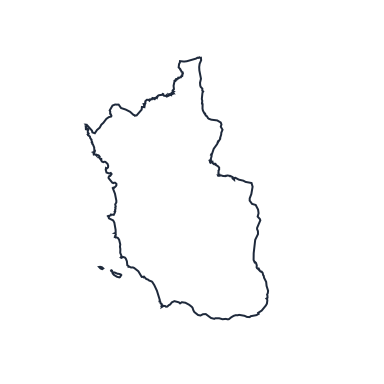 Sumba Timur, Nusa Tenggara Timur, Indonesia, rotated 35°
{"feature_id": "22746128B15873256673931", "entity_name": "Sumba Timur", "entity_type": "district", "adm_level": 2, "iso_a3": "IDN", "parent_name": "Indonesia", "parent_adm1": "Nusa Tenggara Timur", "projection": "mercator", "projection_center": [120.165, -9.805], "detail": "fine", "context": "isolated", "style": "outline", "palette": "slate", "viewbox_px": 384, "rotation_deg": 35, "n_neighbors": 0, "source": "geoboundaries", "source_scale": "gbopen_adm2", "svg_char_len": 6063}
<svg xmlns="http://www.w3.org/2000/svg" viewBox="0 0 384 384"><g transform="rotate(35 192 192)"><path d="M74.8,199.1L66.6,197.2L67.0,197.3L66.4,197.7L67.6,198.0L67.8,198.9L68.3,198.9L68.5,200.0L68.2,200.0L68.8,200.5L68.5,200.7L68.9,201.2L69.2,200.9L69.6,201.2L70.4,200.2L71.1,200.3L71.5,200.8L71.5,201.5L72.5,203.0L73.7,203.3L73.5,204.5L74.2,204.5L74.4,205.1L76.5,205.1L77.9,206.3L79.7,206.8L80.2,207.6L81.3,208.2L81.4,208.7L81.8,208.6L82.6,209.3L82.6,209.7L83.8,210.0L86.4,211.7L87.4,213.1L88.5,213.7L88.3,214.1L89.2,214.7L88.4,215.9L88.9,215.8L89.7,216.7L89.3,216.9L89.8,217.4L90.0,216.8L90.4,217.2L92.0,216.7L92.9,216.9L92.7,216.5L93.4,216.6L93.6,215.8L94.8,215.6L95.7,215.9L96.1,216.2L96.0,216.7L96.3,216.5L96.5,217.1L97.6,217.5L98.7,216.9L99.0,217.2L99.0,217.9L100.7,218.7L102.3,218.4L102.7,217.6L103.8,217.0L106.7,217.4L108.4,218.7L109.1,220.1L108.7,221.6L107.8,221.7L108.5,223.2L110.8,225.1L113.6,224.3L114.5,223.0L115.8,223.4L115.8,225.7L115.1,226.4L115.2,227.8L115.8,228.5L121.4,230.1L122.5,229.8L122.8,229.1L123.7,228.5L125.4,228.7L126.2,229.8L126.3,230.9L125.8,233.3L125.0,233.5L124.8,234.2L129.9,237.6L135.1,242.6L136.0,244.0L136.2,246.2L138.0,247.8L137.9,248.6L139.0,249.6L139.2,250.8L140.1,251.6L139.9,252.3L140.3,252.4L140.6,253.1L141.0,255.6L138.5,257.0L138.8,257.8L137.5,259.3L137.8,259.3L137.6,259.9L138.1,259.8L138.3,260.4L137.9,261.3L138.5,260.8L139.1,261.2L143.7,260.5L145.9,261.6L151.1,266.8L152.8,269.1L152.4,269.9L153.0,269.6L154.2,270.8L154.2,272.6L153.8,272.9L154.3,272.8L154.5,273.1L154.9,272.7L155.5,273.0L155.9,272.5L157.9,272.2L159.8,273.0L163.3,276.1L164.4,278.2L166.0,279.8L168.1,283.0L171.2,285.0L171.1,285.5L171.7,285.8L171.4,286.5L171.9,286.5L172.9,284.7L174.6,284.2L175.9,284.5L178.4,286.1L181.0,289.1L182.5,289.1L182.9,289.6L183.2,289.2L185.4,288.8L186.8,287.7L188.2,287.4L193.5,287.7L199.5,290.4L200.6,289.5L201.2,289.6L201.3,288.9L204.5,289.5L206.0,289.0L207.7,289.1L210.3,288.4L211.1,288.5L214.5,289.9L219.9,293.0L227.5,298.9L228.1,300.2L228.7,299.9L230.1,301.2L231.1,301.0L231.4,301.5L232.3,301.7L232.4,302.8L233.1,302.5L233.3,303.3L234.1,301.5L235.5,300.8L236.5,300.9L237.5,300.0L237.9,298.0L238.6,296.8L238.8,293.9L240.2,291.5L244.5,289.9L246.1,290.1L246.9,288.1L250.1,286.5L254.4,286.0L257.7,286.2L258.8,286.5L261.1,288.2L262.8,289.0L267.5,289.3L269.8,288.3L271.1,285.8L273.3,284.1L279.8,284.3L283.0,283.1L283.5,282.1L286.8,279.8L290.0,278.7L292.4,276.6L294.5,275.7L295.2,274.9L296.0,272.1L297.2,269.5L298.5,267.8L300.0,266.9L301.1,265.6L306.0,263.3L308.7,262.8L311.0,261.4L311.3,260.1L315.4,255.9L316.5,253.6L315.5,253.1L317.1,249.2L317.6,242.6L317.4,240.5L315.9,237.6L315.0,236.7L314.1,236.6L314.5,235.3L313.2,233.6L312.4,233.1L312.1,231.4L311.0,229.3L307.0,226.2L304.3,223.1L300.2,220.9L298.8,219.5L298.0,219.3L296.2,217.7L294.7,217.3L294.5,217.7L293.4,217.8L292.0,217.5L292.2,217.3L290.4,216.4L289.7,217.1L289.0,217.1L288.1,216.6L287.1,214.9L285.1,213.4L283.9,213.2L283.7,213.7L281.4,212.3L277.6,206.7L271.2,194.9L270.2,188.6L268.5,186.3L266.5,185.0L265.9,184.0L264.2,176.0L263.1,175.2L259.9,174.5L258.7,171.2L256.2,168.5L251.6,166.1L248.0,167.3L244.2,166.0L242.9,164.1L241.8,159.7L238.6,152.9L235.6,150.5L230.1,153.0L227.5,153.3L223.3,155.0L219.3,155.5L218.2,156.8L218.9,157.0L219.5,157.8L217.4,157.6L216.7,156.5L214.2,156.9L214.1,157.3L213.3,157.3L211.6,158.1L210.7,159.0L210.9,159.1L210.4,159.8L208.2,161.1L206.3,161.7L204.8,163.3L204.0,163.7L203.7,163.5L204.6,163.0L204.8,162.4L204.5,162.0L204.0,162.3L202.7,161.4L202.4,160.4L201.5,159.5L201.4,158.1L200.2,156.4L198.3,156.0L195.8,156.2L195.8,155.8L195.1,155.5L194.8,156.0L193.8,156.1L193.7,156.6L192.2,156.5L191.4,155.5L190.7,156.2L190.3,157.5L189.9,157.4L189.6,157.1L189.9,156.0L188.8,156.4L188.3,156.1L189.0,154.7L188.6,154.5L187.4,151.2L186.9,150.6L186.3,150.7L186.2,150.0L186.7,149.9L185.0,144.1L185.1,138.5L184.7,135.6L184.4,135.8L184.3,135.1L184.7,134.8L184.6,132.2L184.1,131.8L183.0,128.3L182.0,126.6L181.3,123.5L178.1,122.0L177.4,119.8L175.7,118.6L171.6,118.9L166.3,121.7L163.6,122.4L162.7,122.3L160.8,121.4L159.4,121.5L158.1,120.5L158.0,120.8L156.9,120.4L154.2,119.0L152.8,117.7L150.3,114.0L149.8,113.6L149.6,113.9L149.3,113.7L148.2,111.5L146.7,110.2L143.7,104.8L143.5,103.2L142.3,103.1L141.2,101.4L138.8,100.9L137.7,100.1L135.9,97.9L134.4,94.1L128.3,88.2L126.2,85.5L124.7,82.6L123.9,78.8L122.3,76.9L121.6,77.5L120.7,77.5L120.2,78.6L119.4,78.9L118.8,80.4L112.8,87.8L110.7,89.7L107.1,91.7L107.8,92.9L108.0,94.6L109.6,97.6L111.8,98.0L112.1,98.5L113.4,98.7L114.3,99.5L115.7,99.3L116.6,100.2L116.4,100.9L116.8,101.1L117.2,102.0L116.9,102.4L117.4,102.8L116.8,103.7L117.1,104.4L116.2,105.3L115.8,106.5L115.2,106.4L115.2,107.6L114.5,108.3L115.0,108.5L115.0,109.0L114.4,109.4L113.9,110.7L114.4,110.9L114.1,111.2L116.0,115.6L118.2,118.1L117.9,120.0L118.4,120.6L119.4,120.3L119.1,121.3L120.3,121.7L119.6,122.1L120.2,122.3L119.7,123.2L118.5,122.9L118.4,124.0L119.1,124.7L118.4,124.9L118.1,125.5L117.7,124.6L117.1,124.9L117.4,126.7L116.6,128.3L116.0,128.3L115.6,127.4L115.4,128.3L113.9,129.2L113.1,129.1L112.3,128.3L111.8,128.4L111.7,129.6L109.4,131.7L108.9,132.7L109.3,135.0L108.5,134.8L108.5,135.6L107.6,136.4L108.2,136.8L108.2,137.4L107.7,137.6L107.2,137.1L105.7,137.7L106.0,139.0L105.3,139.4L105.1,140.2L104.5,140.3L104.7,141.6L103.4,141.5L102.1,142.4L101.7,144.5L102.3,145.0L102.5,146.0L103.0,146.2L103.1,146.9L102.0,147.7L102.7,148.2L102.7,147.7L103.2,147.7L103.9,148.7L103.6,149.4L104.2,149.9L102.2,151.1L103.5,153.4L102.7,161.0L101.4,162.3L100.9,162.0L99.9,162.4L95.3,161.8L90.4,162.5L85.7,163.9L81.8,162.5L78.8,164.5L77.3,166.8L77.8,172.4L78.8,172.9L80.1,174.9L80.7,174.8L82.3,175.8L82.5,176.5L80.9,178.4L79.9,181.2L79.7,186.2L79.1,188.9L79.5,192.2L78.6,195.7L78.7,199.6L76.2,200.3L74.8,199.1ZM181.7,300.6L180.9,300.4L178.8,301.1L177.9,301.7L174.8,302.3L172.7,303.4L173.7,304.2L175.5,304.7L179.1,304.5L181.5,303.6L181.8,303.1L181.7,300.6ZM160.9,307.1L162.7,306.7L163.1,305.5L161.3,305.3L159.6,306.0L158.9,306.7L160.9,307.1ZM171.5,302.3L170.8,302.4L170.8,302.9L171.3,303.1L171.7,302.9L171.5,302.3Z" fill="none" stroke="#1e293b" stroke-width="2"/></g></svg>